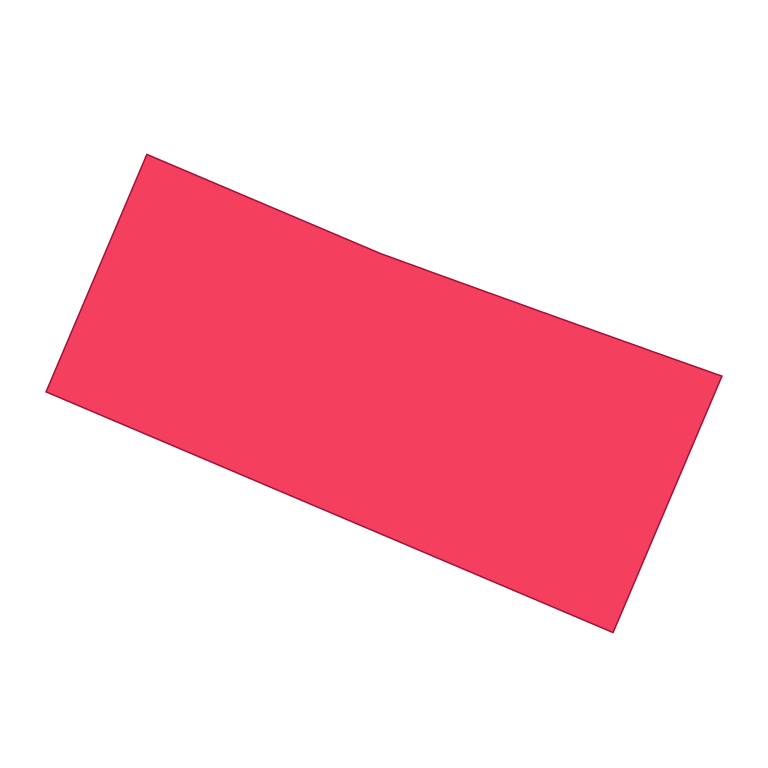 the border of Saskatchewan, rotated 293°
{"feature_id": "CAN-631", "entity_name": "Saskatchewan", "entity_type": "Province", "adm_level": 1, "iso_a3": "CAN", "parent_name": "Canada", "parent_adm1": "", "projection": "mercator", "projection_center": [-105.491, 54.496], "detail": "fine", "context": "isolated", "style": "filled", "palette": "rose", "viewbox_px": 768, "rotation_deg": 293, "n_neighbors": 0, "source": "natural_earth", "source_scale": "10m", "svg_char_len": 1770}
<svg xmlns="http://www.w3.org/2000/svg" viewBox="0 0 768 768"><g transform="rotate(293 384 384)"><path d="M436.7,692.0L432.1,692.0L425.1,692.0L418.0,692.0L410.9,692.0L404.1,692.0L396.7,692.0L389.6,692.0L382.5,692.0L375.4,692.0L368.3,692.0L361.3,692.0L354.2,692.0L347.1,692.0L340.0,692.0L332.9,692.0L325.8,692.0L318.7,692.0L311.6,692.0L304.5,692.0L297.5,692.0L290.4,692.0L283.3,692.0L276.2,692.0L269.1,692.0L262.0,692.0L254.9,692.0L247.8,692.0L244.8,692.0L244.7,691.6L244.7,674.7L244.7,657.6L244.7,640.4L244.7,623.1L244.7,605.6L244.7,588.1L244.7,570.3L244.7,552.5L244.7,534.5L244.7,516.4L244.7,498.2L244.7,479.8L244.7,461.2L244.7,442.5L244.7,423.7L244.7,404.6L244.7,385.5L244.7,366.1L244.7,346.6L244.7,327.0L244.7,307.1L244.7,287.1L244.7,266.9L244.7,246.5L244.7,225.9L244.7,205.1L244.7,184.1L244.7,162.9L244.7,141.5L244.7,119.9L244.7,98.1L244.7,76.0L260.9,76.0L277.0,76.0L293.1,76.0L309.2,76.0L325.4,76.0L341.5,76.0L357.6,76.0L373.7,76.0L389.8,76.0L406.0,76.0L422.1,76.0L438.2,76.0L454.3,76.0L470.5,76.0L486.6,76.0L502.7,76.0L502.7,83.3L502.7,90.6L502.7,97.9L502.7,105.1L502.7,140.9L502.7,176.2L502.7,210.9L502.7,245.0L502.7,266.6L502.7,288.1L502.7,309.3L502.7,330.3L503.4,342.6L504.0,354.8L504.7,366.9L505.3,379.0L505.9,391.0L506.6,402.9L507.2,414.8L507.9,426.6L508.5,438.4L509.2,450.1L509.8,461.7L510.5,473.3L511.1,484.8L511.7,496.3L512.4,507.7L513.0,519.0L513.7,530.3L514.3,541.6L515.0,552.7L515.6,563.9L516.3,575.0L516.9,586.0L517.6,597.0L518.2,607.9L518.8,618.8L519.5,629.6L520.1,640.4L520.8,651.1L521.4,661.8L522.1,672.5L522.7,683.1L523.3,692.0L517.2,692.0L510.1,692.0L503.0,692.0L496.0,692.0L488.9,692.0L481.8,692.0L474.7,692.0L467.6,692.0L460.5,692.0L453.4,692.0L446.3,692.0L439.2,692.0L436.7,692.0Z" fill="#f43f5e" stroke="#9f1239" stroke-width="1.5"/></g></svg>